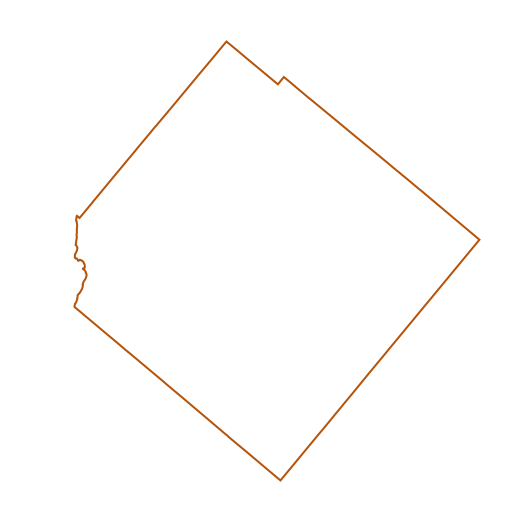 the district of Cleve, South Australia, Australia, rotated 130°
{"feature_id": "25037944B98257545318432", "entity_name": "Cleve", "entity_type": "district", "adm_level": 2, "iso_a3": "AUS", "parent_name": "Australia", "parent_adm1": "South Australia", "projection": "albers", "projection_center": [136.475, -33.66], "detail": "fine", "context": "isolated", "style": "outline", "palette": "amber", "viewbox_px": 512, "rotation_deg": 130, "n_neighbors": 0, "source": "geoboundaries", "source_scale": "gbopen_adm2", "svg_char_len": 4657}
<svg xmlns="http://www.w3.org/2000/svg" viewBox="0 0 512 512"><g transform="rotate(130 256 256)"><path d="M99.9,95.3L99.8,172.0L99.9,174.9L99.9,177.4L99.9,186.7L99.9,188.5L100.1,206.7L100.1,217.7L100.1,217.8L100.3,241.5L100.3,241.9L100.4,245.5L100.4,253.3L100.4,253.6L100.5,257.3L100.6,278.0L100.9,315.4L101.1,318.1L101.0,318.3L101.0,319.5L101.0,320.7L101.0,323.2L101.0,328.4L101.0,331.7L101.0,332.0L101.0,332.3L101.0,333.6L101.0,335.5L100.9,335.5L101.0,349.7L110.4,349.6L110.6,388.3L110.6,407.3L110.7,416.5L110.8,416.5L114.6,416.5L130.7,416.4L140.1,416.4L155.3,416.4L174.8,416.3L191.7,416.2L199.4,416.2L218.6,416.2L218.9,416.2L220.8,416.2L221.0,416.3L236.8,416.2L244.7,416.2L250.0,416.2L251.9,416.1L258.0,416.1L259.0,416.1L264.1,416.1L276.1,416.0L283.0,416.0L298.1,415.9L310.6,415.8L319.3,415.8L319.6,415.7L340.3,415.6L340.3,418.8L340.3,419.0L341.0,418.9L341.4,418.6L341.5,418.5L342.0,418.1L342.5,417.8L343.1,417.5L343.6,417.3L344.1,416.9L344.2,416.7L344.4,416.3L344.5,416.3L344.7,415.9L344.8,415.8L344.9,415.6L345.0,415.6L345.1,415.4L345.3,415.1L345.6,414.8L345.7,414.7L345.8,414.5L345.9,414.4L346.5,413.9L346.9,413.2L347.0,413.1L347.5,412.6L347.8,412.4L348.1,412.2L348.4,412.0L348.5,411.9L349.0,411.7L349.6,411.2L350.1,410.8L350.5,410.5L350.8,410.3L351.0,410.2L351.4,409.9L352.1,409.3L352.5,408.8L352.8,408.5L353.4,408.1L353.6,408.0L353.9,407.9L354.3,407.7L354.5,407.4L355.0,407.0L355.3,406.9L355.5,406.7L356.2,406.1L356.3,406.0L356.7,405.4L356.9,405.2L357.1,405.1L357.7,404.7L358.1,404.4L358.3,404.3L359.3,403.9L359.5,403.7L360.3,403.2L360.9,402.9L361.0,402.7L361.3,402.4L361.5,402.3L362.0,402.1L362.3,402.0L362.5,401.9L362.7,401.6L362.8,401.5L363.0,401.4L363.5,401.2L363.5,400.9L363.4,400.5L363.4,400.3L363.5,400.0L363.6,399.8L364.1,399.1L364.2,398.6L364.3,398.4L364.5,398.1L364.9,397.8L365.3,397.6L365.7,397.3L365.8,397.3L366.2,397.1L366.6,396.9L367.1,396.7L367.4,396.6L368.2,396.3L369.4,395.9L369.8,395.9L370.4,395.9L371.1,395.7L371.6,395.4L372.5,394.7L372.8,394.5L372.9,394.3L373.4,393.9L373.5,393.9L373.7,393.4L373.7,392.9L373.8,392.6L373.8,392.4L373.4,392.2L373.2,392.1L373.1,391.9L373.1,391.4L373.2,391.1L373.5,390.3L373.9,389.5L373.9,389.3L373.9,389.1L373.8,388.9L373.7,388.9L373.3,388.7L373.1,388.7L372.6,388.7L372.4,388.7L372.2,388.5L372.2,388.4L371.9,388.0L371.9,387.8L371.8,387.1L371.8,386.9L371.7,386.8L371.5,386.7L371.5,386.2L371.4,385.3L371.4,384.9L371.5,384.8L371.5,384.7L371.8,384.1L371.9,383.7L372.1,383.3L372.3,382.7L372.4,382.4L372.5,382.3L373.1,381.4L373.6,380.9L373.8,380.6L374.3,380.2L374.7,379.9L375.4,379.6L376.0,379.5L376.1,379.8L376.2,380.0L376.6,379.9L376.8,380.4L377.1,380.3L376.9,379.6L376.7,379.5L376.8,379.3L376.9,379.2L377.0,379.1L377.1,378.9L377.1,378.7L377.0,378.3L377.0,377.9L377.0,377.7L377.1,377.4L377.4,376.9L377.5,376.5L377.8,376.1L378.4,375.6L378.5,374.8L378.6,374.5L379.1,374.1L379.5,373.6L379.8,373.3L380.0,373.1L381.1,372.7L381.7,372.4L383.2,371.9L383.4,371.9L383.5,371.9L384.5,371.8L384.8,371.8L385.3,371.7L385.6,371.7L386.6,371.5L386.8,371.4L387.0,371.4L387.5,371.2L387.9,371.0L388.5,370.7L388.8,370.7L389.0,370.4L389.4,370.3L389.6,370.2L389.7,369.9L389.8,369.8L390.4,369.4L391.3,368.9L391.6,368.6L392.4,368.4L393.1,368.1L393.4,368.0L394.1,368.0L394.3,367.9L394.5,367.8L395.1,367.7L395.6,367.6L396.0,367.5L396.9,367.5L397.5,367.3L398.1,367.3L398.7,367.4L398.8,367.5L398.9,367.4L399.1,367.4L399.3,367.3L399.9,367.4L400.1,367.4L401.0,367.3L401.2,367.2L401.4,366.9L401.5,366.8L402.3,366.3L402.6,366.1L402.8,366.0L403.1,365.9L403.4,365.8L403.5,365.6L403.8,365.3L404.0,365.2L404.6,364.9L405.3,364.7L406.6,364.2L407.2,364.0L408.8,363.9L409.1,363.9L409.4,363.6L409.5,363.6L409.9,363.4L410.3,363.2L410.6,363.1L411.1,362.8L411.3,362.7L411.6,362.5L411.7,361.8L411.7,346.2L411.7,325.3L411.7,305.4L411.8,292.8L411.7,292.8L411.7,292.7L411.7,290.7L411.7,289.3L411.7,285.9L411.7,282.7L411.7,278.0L411.7,277.8L411.7,277.7L411.7,273.9L411.7,268.0L411.7,267.9L411.7,262.8L411.7,256.5L411.7,251.0L411.7,250.3L411.7,248.3L411.7,246.0L411.8,241.3L411.8,234.2L411.8,218.0L411.8,217.7L411.9,197.0L412.0,181.0L412.0,180.9L412.0,178.6L412.1,166.4L412.1,166.2L412.0,163.3L412.0,161.5L412.0,161.3L412.1,161.0L412.2,160.9L412.2,151.6L412.2,151.4L412.1,138.4L412.2,109.8L412.2,93.3L412.2,93.0L393.2,93.1L383.0,93.2L353.2,93.4L341.4,93.4L340.9,93.4L324.5,93.6L320.2,93.6L317.3,93.6L312.0,93.7L294.8,93.8L288.0,93.9L271.7,94.1L270.7,94.1L265.6,94.1L265.4,94.1L265.1,94.1L251.9,94.2L247.6,94.2L240.9,94.3L239.5,94.3L223.6,94.4L220.2,94.4L219.9,94.4L213.8,94.5L206.6,94.5L196.8,94.6L196.7,94.6L184.9,94.7L184.7,94.7L176.0,94.7L175.7,94.7L165.1,94.8L149.4,94.9L138.0,95.0L99.9,95.3Z" fill="none" stroke="#b45309" stroke-width="2"/></g></svg>